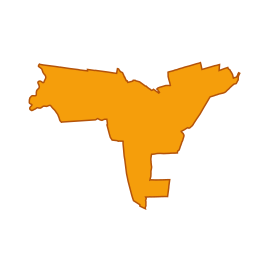 outline of Mastacani, Galati, Romania, rotated 189°
{"feature_id": "2599482B23986307623685", "entity_name": "Mastacani", "entity_type": "district", "adm_level": 2, "iso_a3": "ROU", "parent_name": "Romania", "parent_adm1": "Galati", "projection": "orthographic", "projection_center": [28.041, 45.785], "detail": "fine", "context": "isolated", "style": "filled", "palette": "amber", "viewbox_px": 256, "rotation_deg": 189, "n_neighbors": 0, "source": "geoboundaries", "source_scale": "gbopen_adm2", "svg_char_len": 5751}
<svg xmlns="http://www.w3.org/2000/svg" viewBox="0 0 256 256"><g transform="rotate(189 128 128)"><path d="M225.5,177.2L226.1,176.0L226.1,175.6L226.1,175.2L226.0,174.8L225.3,174.4L224.6,174.1L222.9,173.1L222.3,172.6L222.1,172.3L220.9,170.0L220.4,169.3L219.1,167.9L218.2,167.2L217.7,166.6L217.5,166.1L217.2,165.5L217.1,164.7L217.1,164.3L217.3,163.5L217.5,162.8L217.9,161.7L218.2,160.2L218.4,159.8L218.7,159.6L219.1,159.5L219.5,159.6L220.9,160.3L221.6,160.5L222.0,160.6L223.1,160.4L223.4,160.1L223.9,159.7L224.1,159.2L224.1,158.8L224.0,158.5L223.6,157.7L222.7,156.5L222.3,155.5L222.0,154.7L222.1,154.3L222.2,153.6L222.6,152.9L223.4,151.9L223.8,151.2L223.9,150.8L224.1,150.4L224.1,149.2L224.1,148.5L223.9,147.6L223.8,146.5L223.9,145.9L224.1,145.6L224.6,145.4L225.0,145.2L227.2,145.0L227.8,144.8L228.4,144.3L229.6,142.4L229.8,140.4L229.5,137.8L229.2,137.2L228.7,136.9L227.9,136.5L227.1,136.3L226.7,136.1L226.5,135.7L226.6,135.3L226.7,134.9L227.1,134.5L227.5,133.9L227.8,133.3L228.1,132.7L228.1,131.9L228.0,131.5L227.5,130.9L226.3,130.3L226.0,130.2L225.7,130.2L224.5,130.9L223.4,131.8L222.8,132.1L221.2,133.6L220.9,133.8L220.4,133.9L220.0,133.9L219.4,133.8L218.7,133.8L218.1,133.9L217.6,134.0L216.5,134.8L215.5,135.9L215.0,136.2L214.5,136.4L214.0,136.5L212.1,136.6L211.7,136.6L211.2,136.9L210.6,137.2L210.1,137.6L209.4,137.9L208.9,138.1L208.5,138.2L208.2,138.1L207.7,137.8L207.3,137.5L207.0,137.2L206.5,136.7L205.2,135.6L203.4,134.3L202.7,133.7L201.3,132.2L199.9,130.8L199.4,130.2L198.9,129.3L197.7,127.4L196.9,125.6L196.2,124.5L196.0,124.4L195.6,124.1L195.3,123.8L194.7,123.3L193.9,123.6L192.2,124.0L162.2,130.8L161.6,130.9L161.1,131.2L159.7,132.4L159.3,132.6L159.1,132.5L156.9,131.7L156.3,131.6L155.8,131.5L155.1,131.5L154.9,131.5L154.7,131.6L153.7,132.3L153.0,132.7L152.6,132.9L151.6,133.1L150.3,133.3L149.3,130.2L148.8,127.7L149.2,127.6L148.1,125.1L145.5,119.2L144.0,116.0L141.8,113.6L136.7,113.8L135.9,113.5L135.5,113.6L135.4,113.5L134.8,113.6L134.5,113.8L134.2,113.8L133.0,113.9L132.0,114.1L130.8,114.1L130.4,111.6L128.9,105.8L128.6,104.6L127.5,100.1L126.6,97.3L126.4,96.9L122.3,82.7L119.5,75.3L114.3,63.4L113.0,60.6L111.2,57.1L104.3,54.1L104.0,52.7L99.4,51.3L98.2,51.0L98.5,51.7L98.5,52.0L98.2,53.7L98.2,54.1L98.2,54.5L98.4,55.2L98.5,56.0L98.7,57.5L98.8,58.1L99.0,58.5L99.3,59.1L99.1,60.1L99.0,61.1L99.1,61.6L99.3,61.9L99.6,62.2L99.8,62.5L99.2,62.6L97.7,63.0L96.4,63.2L95.7,63.5L95.3,63.5L94.8,63.5L90.8,64.2L85.1,65.3L84.3,65.5L78.3,66.5L78.2,66.5L78.4,75.4L78.5,76.0L78.6,78.1L78.6,78.4L78.7,83.5L81.5,83.0L85.6,82.2L92.5,81.0L97.2,80.4L97.9,80.3L98.2,80.1L98.2,80.3L98.2,80.5L98.1,81.9L97.9,83.5L97.9,84.0L98.2,86.6L98.3,87.2L98.5,88.4L98.6,89.3L98.5,91.3L98.5,91.8L98.5,92.6L98.6,93.4L99.2,95.2L99.4,96.0L99.8,97.4L99.9,97.9L100.0,98.5L100.1,99.1L100.4,99.7L100.5,100.2L100.5,101.0L100.7,101.8L100.6,103.2L100.7,103.7L100.7,104.2L100.7,104.5L100.6,105.0L100.6,105.7L97.9,106.4L95.5,107.3L94.1,107.6L92.0,108.0L88.8,108.3L87.8,108.5L83.9,109.3L82.9,109.5L82.0,109.8L79.8,110.2L77.4,110.6L75.3,111.1L75.4,111.5L75.4,112.0L75.3,112.5L75.2,112.8L75.1,113.3L74.2,114.1L74.1,114.3L73.9,115.2L73.8,115.6L73.6,117.0L73.5,117.5L73.4,118.3L73.2,119.0L72.9,120.6L72.7,121.7L72.7,121.8L72.7,122.5L72.5,122.8L72.1,124.1L72.0,124.9L71.9,125.6L71.9,126.1L71.7,126.9L71.5,128.5L71.6,129.4L71.6,129.7L71.7,129.8L71.9,130.0L72.4,130.8L72.7,131.2L72.8,131.3L73.5,131.7L74.5,132.5L74.8,132.8L74.9,133.0L74.7,133.1L73.6,134.0L72.5,134.8L71.4,135.7L71.3,135.8L70.8,136.3L69.0,137.7L68.4,137.5L68.2,137.5L68.0,137.4L67.9,137.4L67.7,137.5L67.3,137.6L67.0,137.8L66.4,138.5L65.3,139.9L65.1,140.0L64.6,140.8L64.5,141.0L64.4,141.3L64.3,141.6L64.1,141.8L64.0,142.3L63.9,142.6L63.5,143.4L63.1,144.4L62.5,145.7L61.5,148.0L60.5,150.0L60.2,150.7L59.0,153.2L58.3,155.1L56.9,158.8L56.0,161.1L54.3,165.3L52.5,169.9L51.9,171.3L51.8,171.5L51.7,171.6L50.9,172.0L49.2,172.8L47.8,173.5L47.3,173.8L46.4,174.3L45.6,174.6L43.5,175.8L39.5,177.4L39.1,177.6L38.1,178.2L37.4,178.8L37.0,179.2L36.8,179.5L35.9,180.8L34.3,182.7L33.8,183.6L31.8,186.1L30.3,187.8L29.9,188.1L28.3,188.7L28.2,188.8L28.0,189.1L27.6,190.2L27.0,192.1L26.7,192.7L27.0,195.2L27.1,195.9L27.0,196.8L26.2,199.5L27.3,199.9L27.8,198.7L28.0,197.4L28.8,195.2L29.5,194.8L30.0,194.8L30.3,194.6L30.7,194.3L31.7,193.8L32.6,195.9L33.3,197.5L33.9,198.1L34.4,198.9L34.9,199.5L35.4,199.8L36.1,200.9L36.4,201.3L37.7,201.9L38.2,202.2L38.9,203.4L42.0,201.8L47.0,199.0L47.5,205.0L49.5,204.1L50.8,203.5L51.8,203.2L64.1,197.4L65.6,201.3L66.7,203.9L67.9,203.2L70.3,202.2L77.1,198.9L80.8,197.3L81.7,196.9L82.3,196.6L82.9,196.2L84.6,195.4L85.6,195.0L87.4,194.1L88.5,193.4L89.8,192.9L90.8,192.5L91.4,192.1L92.8,191.4L96.3,189.9L97.2,189.4L96.7,186.8L96.4,185.1L95.2,182.2L93.7,179.0L92.9,176.9L92.8,176.7L93.0,176.5L94.4,176.4L96.5,176.0L97.2,175.9L97.9,175.6L102.3,173.5L102.5,173.5L104.8,172.1L105.6,171.0L104.6,170.5L104.0,169.6L102.5,168.1L103.1,167.3L108.9,170.2L109.2,169.8L109.4,169.6L109.9,169.2L110.4,168.9L110.5,169.0L111.0,169.1L111.4,169.2L112.2,169.8L112.6,169.9L112.8,170.0L113.1,170.1L114.2,170.7L115.2,171.1L115.8,171.7L116.2,171.9L116.7,172.2L116.8,172.1L117.3,172.1L117.5,172.1L118.5,172.7L119.9,173.4L123.0,175.0L123.8,175.4L124.1,175.4L126.1,175.7L126.9,175.7L127.5,175.8L128.0,176.1L128.4,176.2L129.9,176.0L130.4,175.9L130.7,175.0L135.3,173.0L135.8,174.0L136.1,174.4L136.4,174.3L136.7,174.6L137.0,174.4L137.4,174.9L137.5,175.0L139.2,177.7L139.4,177.6L140.7,179.8L141.9,181.5L142.1,181.8L144.0,182.4L144.7,182.8L145.5,183.7L146.0,184.1L146.5,184.8L147.2,185.0L147.7,185.0L147.8,180.2L150.4,180.1L156.6,180.1L169.3,179.8L170.1,179.6L177.2,179.5L176.9,178.1L184.6,177.8L186.5,177.9L194.6,177.6L204.5,177.5L204.6,177.4L209.0,177.4L221.8,177.0L225.3,177.1L225.5,177.2Z" fill="#f59e0b" stroke="#b45309" stroke-width="1.5"/></g></svg>